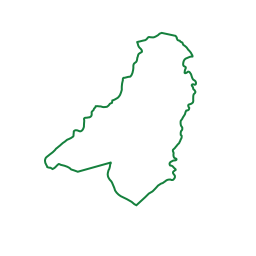 the district of La Fille, Micoud, Saint Lucia, rotated 64°
{"feature_id": "8701671B6329691357439", "entity_name": "La Fille", "entity_type": "district", "adm_level": 2, "iso_a3": "LCA", "parent_name": "Saint Lucia", "parent_adm1": "Micoud", "projection": "mercator", "projection_center": [-60.934, 13.835], "detail": "fine", "context": "isolated", "style": "outline", "palette": "green", "viewbox_px": 256, "rotation_deg": 64, "n_neighbors": 0, "source": "geoboundaries", "source_scale": "gbopen_adm2", "svg_char_len": 5761}
<svg xmlns="http://www.w3.org/2000/svg" viewBox="0 0 256 256"><g transform="rotate(64 128 128)"><path d="M96.4,130.0L98.3,131.3L98.3,133.7L99.2,135.4L99.7,137.3L99.5,138.3L98.6,140.7L97.9,141.7L96.7,143.0L96.1,144.1L94.9,146.0L94.3,147.5L95.1,148.3L95.7,150.0L96.6,150.9L97.0,151.9L97.2,152.6L97.7,153.6L97.9,153.8L99.5,154.5L100.1,154.8L100.5,155.1L100.8,155.4L101.1,155.8L101.3,156.2L101.4,156.6L101.5,157.0L101.5,157.7L101.4,158.4L101.1,159.0L100.8,160.2L100.1,161.9L100.0,162.3L100.1,163.0L100.3,163.3L100.6,163.6L101.7,163.9L103.3,164.7L103.9,165.1L106.8,166.7L107.6,167.1L108.1,167.6L108.9,168.4L109.2,168.8L109.8,169.8L110.0,170.2L110.1,170.7L110.2,171.4L110.2,171.8L110.1,172.3L109.9,172.7L109.4,173.2L108.8,173.8L108.2,174.3L107.6,175.0L107.3,175.6L107.1,175.9L107.0,176.2L106.9,177.0L107.0,177.5L107.1,177.9L107.3,178.2L107.8,178.5L108.4,178.8L109.5,179.5L110.0,179.8L111.1,180.4L111.4,180.7L111.6,181.0L111.7,181.4L111.9,182.8L112.0,183.5L112.0,186.1L111.9,187.3L111.9,188.0L112.6,190.9L112.9,193.1L113.4,194.9L113.5,195.3L113.6,195.8L113.8,196.2L114.1,197.5L114.3,198.5L114.8,200.4L114.9,201.1L115.0,201.5L115.1,201.9L115.7,203.0L116.1,204.1L116.8,206.3L117.6,210.3L118.0,211.9L118.1,212.6L118.6,214.5L118.9,215.1L119.3,215.6L120.4,216.6L121.1,217.0L123.1,217.6L123.9,217.6L124.8,217.6L126.4,217.6L127.0,217.5L127.7,217.7L128.4,217.1L128.8,216.6L129.3,215.9L129.7,215.1L131.8,213.8L131.8,213.6L131.7,211.7L131.3,210.3L130.4,207.8L130.0,206.2L130.4,205.5L131.6,204.6L134.1,201.6L136.3,199.5L138.4,198.0L140.1,197.4L140.6,197.0L142.3,195.2L145.3,192.3L151.6,158.0L151.8,158.7L152.7,159.8L154.9,161.3L156.5,162.7L157.5,164.1L159.4,165.7L160.8,166.6L162.7,167.2L164.0,167.3L166.3,167.1L168.7,166.4L170.3,166.3L175.9,166.6L178.5,167.0L181.1,166.6L183.7,165.7L186.1,164.4L191.6,160.1L196.0,157.1L199.2,155.7L200.6,154.7L201.1,154.3L197.7,142.8L196.1,138.1L196.0,137.5L196.0,137.0L195.9,136.0L195.8,134.5L195.7,133.7L195.4,132.7L194.5,130.2L193.8,128.4L193.4,127.4L193.2,126.8L193.0,126.6L192.9,126.2L192.8,125.4L192.7,124.4L192.5,123.2L192.5,122.4L192.7,121.0L192.6,120.2L192.5,119.8L192.3,118.4L191.9,116.5L191.9,116.1L191.9,115.5L192.1,114.4L192.8,112.6L193.8,111.7L194.0,111.3L194.3,110.6L194.3,110.0L194.0,109.3L193.8,108.8L193.6,108.4L193.3,108.0L193.0,107.6L192.6,107.3L191.9,107.0L191.3,106.8L190.3,107.0L189.6,107.2L189.0,107.2L188.4,107.3L188.0,107.2L187.6,107.0L187.2,106.6L187.0,106.2L186.6,104.1L186.5,103.5L186.2,103.4L185.7,103.4L184.3,104.0L182.0,104.7L181.3,105.1L180.9,105.5L180.5,106.1L180.2,106.5L179.8,106.6L179.2,106.6L178.9,106.5L178.3,106.3L177.9,106.0L177.8,105.9L177.5,105.3L177.2,104.7L177.1,102.1L177.1,101.6L177.8,99.7L177.9,99.1L177.9,98.9L177.8,98.5L177.5,98.2L177.2,98.1L176.9,98.1L176.6,98.3L175.8,99.0L175.5,99.2L174.9,99.5L174.5,99.5L173.7,99.5L172.4,99.1L171.8,98.8L170.7,98.1L170.1,97.9L169.6,97.8L169.1,97.9L168.6,97.8L167.8,97.5L167.4,97.2L167.2,96.8L166.7,95.1L166.3,94.1L165.8,93.2L165.4,92.1L165.0,91.4L164.5,90.3L164.2,89.2L164.0,88.8L163.8,88.4L163.3,87.9L162.7,87.0L162.2,86.5L161.4,85.6L160.7,84.6L160.3,84.2L159.9,83.9L158.6,83.2L158.1,83.3L157.5,83.5L157.3,83.6L156.6,83.3L155.7,82.9L155.2,82.6L154.2,81.8L153.9,81.3L153.7,80.7L153.2,80.0L152.8,79.7L151.6,79.1L150.7,79.1L150.2,79.2L149.2,79.3L148.4,79.2L146.9,78.7L145.5,78.0L144.9,77.6L144.6,77.3L144.2,76.5L143.9,75.9L143.4,75.0L143.0,74.6L142.5,73.9L141.8,72.7L141.0,71.4L140.7,70.9L140.3,70.5L139.6,69.9L139.0,69.4L138.1,68.3L137.9,67.9L138.0,67.7L138.3,66.6L138.3,66.3L138.2,65.9L138.1,65.3L137.9,65.0L136.9,64.2L136.6,64.1L136.2,64.2L135.8,64.3L135.2,64.3L134.8,64.2L134.3,64.1L133.9,63.8L133.7,63.5L133.6,63.2L133.6,62.7L133.7,62.1L133.9,61.2L133.9,60.4L133.9,60.0L133.5,58.5L133.3,58.3L132.5,57.6L132.0,57.3L130.7,56.8L129.2,56.0L128.2,55.5L127.3,54.9L126.5,54.2L126.4,53.9L126.0,52.7L125.8,52.3L125.5,51.9L125.2,51.7L124.8,51.5L123.2,51.6L121.9,52.2L121.5,52.2L121.1,52.1L120.0,51.8L119.5,51.8L118.9,52.0L117.6,52.0L117.3,51.8L117.1,51.4L117.0,51.0L117.2,50.5L117.3,50.2L117.6,49.9L118.0,49.5L118.3,49.2L118.4,48.8L118.5,48.5L118.4,48.0L117.9,47.5L117.4,47.2L116.9,47.0L116.2,46.9L115.6,46.9L114.9,47.1L114.2,47.5L113.4,48.0L113.0,48.2L112.5,48.3L110.9,48.3L108.7,48.0L108.1,47.9L107.6,47.8L107.0,47.8L106.0,48.0L105.5,48.0L104.8,48.2L104.4,48.4L104.1,48.7L103.7,49.2L103.7,49.7L103.9,50.3L104.0,51.7L103.9,52.1L103.8,52.6L103.3,52.9L103.1,52.9L101.0,51.5L100.3,50.8L99.9,50.2L99.3,49.7L98.7,49.5L98.4,49.6L97.7,50.0L97.3,50.3L96.9,50.6L96.3,50.8L96.0,50.8L95.4,50.7L94.5,50.3L94.1,50.0L93.8,49.9L93.4,49.5L92.8,49.1L92.4,48.7L92.1,48.3L91.3,47.2L91.0,46.1L90.9,45.2L91.0,44.5L91.0,44.1L91.1,42.1L91.2,40.9L91.5,39.9L91.7,39.5L92.0,38.9L92.0,38.7L91.0,38.3L90.4,38.4L87.8,38.5L85.3,39.1L84.0,39.6L83.1,39.7L81.3,40.0L79.4,40.8L77.4,41.9L75.1,41.7L73.9,42.6L73.5,43.0L72.3,43.2L71.4,44.3L70.7,44.8L70.1,44.9L68.5,44.8L68.0,44.5L66.0,44.9L57.3,56.0L57.1,58.3L57.7,60.2L57.9,62.5L57.9,64.4L57.6,65.7L56.4,67.8L55.4,69.3L55.4,70.3L56.4,72.5L56.6,74.0L56.0,76.4L55.3,79.7L54.9,81.2L54.9,82.1L56.7,82.3L58.0,82.6L59.4,82.7L60.2,82.6L61.6,82.2L62.3,81.9L63.1,81.7L63.8,81.6L64.4,81.6L65.1,81.8L65.6,82.1L65.7,82.5L65.8,83.3L65.9,84.5L66.1,85.8L66.5,86.5L67.1,87.1L68.2,88.0L68.9,88.8L70.7,90.0L71.1,90.4L71.5,90.7L71.9,91.3L72.2,91.7L72.3,92.4L72.7,94.1L72.8,94.4L73.2,94.9L73.8,95.5L74.6,96.0L75.4,96.4L76.3,96.8L78.3,98.1L79.5,99.1L80.2,99.6L81.1,100.6L82.1,101.8L82.6,102.9L82.8,103.3L82.7,103.9L82.4,104.6L82.1,105.6L81.4,109.0L81.2,109.4L81.0,109.9L81.0,110.2L81.1,110.5L81.4,110.9L81.9,111.3L82.7,111.6L83.3,112.1L85.3,113.7L88.0,115.4L88.8,115.8L89.6,116.2L90.9,116.8L91.6,117.4L93.2,118.9L94.0,119.8L94.6,120.4L95.2,121.3L95.9,122.7L96.2,123.4L96.4,124.3L96.6,127.1L96.6,128.2L96.4,130.0Z" fill="none" stroke="#15803d" stroke-width="2"/></g></svg>